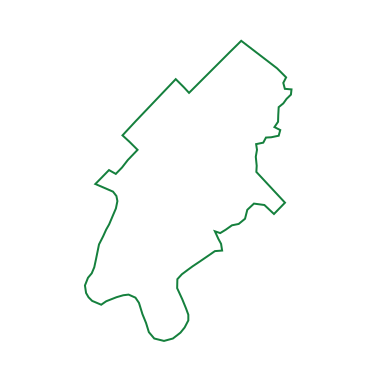 the district of Pinto Bandeira, Rio Grande do Sul, Brazil, rotated 225°
{"feature_id": "56859067B15267966296227", "entity_name": "Pinto Bandeira", "entity_type": "district", "adm_level": 2, "iso_a3": "BRA", "parent_name": "Brazil", "parent_adm1": "Rio Grande do Sul", "projection": "robinson", "projection_center": [-51.472, -29.092], "detail": "fine", "context": "isolated", "style": "outline", "palette": "green", "viewbox_px": 384, "rotation_deg": 225, "n_neighbors": 0, "source": "geoboundaries", "source_scale": "gbopen_adm2", "svg_char_len": 1304}
<svg xmlns="http://www.w3.org/2000/svg" viewBox="0 0 384 384"><g transform="rotate(225 192 192)"><path d="M264.2,317.8L264.2,279.7L264.2,260.0L271.5,260.3L283.3,260.3L281.9,202.1L281.2,182.9L271.2,183.3L260.3,183.3L260.0,169.2L258.8,159.8L258.7,150.9L266.2,148.8L266.0,129.3L248.1,136.4L242.6,135.7L238.3,132.8L234.2,126.6L231.3,119.4L227.7,110.5L226.1,104.7L223.5,97.8L220.7,89.2L212.5,76.8L207.9,69.7L205.4,63.6L204.9,57.8L201.6,50.2L195.5,45.7L190.7,44.4L185.6,44.4L176.5,48.1L175.4,54.1L171.0,64.2L167.6,70.4L164.3,74.6L157.3,77.3L151.1,76.1L140.7,70.6L131.9,66.9L123.4,62.4L115.1,61.7L106.5,66.9L101.9,74.9L100.7,84.4L101.4,91.0L103.8,98.6L107.8,102.6L113.8,105.4L123.1,109.3L134.5,113.5L140.7,120.0L141.0,126.6L140.0,133.6L139.0,140.0L137.6,147.0L135.7,157.1L134.0,166.4L129.3,171.9L134.8,175.9L140.2,177.5L148.0,180.4L143.0,182.9L141.5,189.1L140.2,196.7L136.4,202.4L135.6,210.6L140.3,218.5L140.0,227.6L131.6,234.0L118.5,234.4L118.7,250.2L160.7,251.7L164.8,256.3L171.8,262.0L175.9,267.8L180.5,271.2L176.5,277.3L178.2,282.8L174.7,286.7L170.5,293.1L173.4,298.2L179.6,296.2L180.8,302.5L185.5,307.5L190.7,313.3L190.1,319.3L191.0,324.8L190.9,330.8L194.2,334.9L199.3,330.6L204.6,333.7L206.5,339.6L219.3,339.6L264.1,333.7L264.1,328.1L264.2,317.8Z" fill="none" stroke="#15803d" stroke-width="2"/></g></svg>